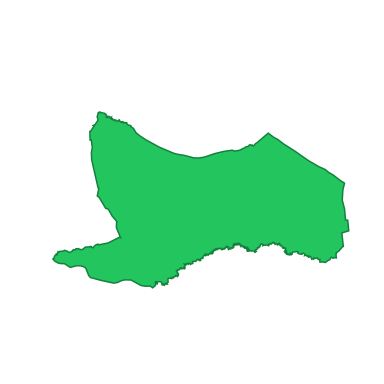 San Martín, Corrientes, Argentina, rotated 77°
{"feature_id": "61730980B32526789553525", "entity_name": "San Martín", "entity_type": "district", "adm_level": 2, "iso_a3": "ARG", "parent_name": "Argentina", "parent_adm1": "Corrientes", "projection": "natural_earth1", "projection_center": [-56.886, -28.867], "detail": "fine", "context": "isolated", "style": "filled", "palette": "green", "viewbox_px": 384, "rotation_deg": 77, "n_neighbors": 0, "source": "geoboundaries", "source_scale": "gbopen_adm2", "svg_char_len": 6075}
<svg xmlns="http://www.w3.org/2000/svg" viewBox="0 0 384 384"><g transform="rotate(77 192 192)"><path d="M217.7,41.4L214.0,45.1L207.4,50.4L203.7,54.4L199.9,57.3L195.6,63.0L187.4,71.7L175.8,82.1L165.7,92.0L159.9,96.8L157.3,99.9L151.8,104.5L158.5,117.3L159.2,119.3L160.9,121.7L160.6,122.5L159.7,122.9L159.8,123.7L158.9,124.7L159.4,126.0L160.1,126.7L160.3,130.1L161.0,131.3L161.1,132.9L162.0,135.6L161.9,140.8L160.3,143.5L159.6,151.8L159.7,161.1L160.8,172.4L160.3,178.4L159.1,182.7L154.7,191.0L152.2,197.2L150.0,201.3L141.1,213.6L130.6,225.4L125.3,230.4L121.7,233.2L116.9,234.7L114.7,236.8L114.2,236.5L113.2,237.2L113.0,237.9L112.5,239.0L110.4,240.4L109.8,240.1L109.3,241.4L109.6,242.5L108.4,243.0L108.2,243.5L108.7,243.6L108.6,244.0L107.9,244.0L108.2,245.3L107.3,245.5L106.6,246.9L106.0,246.7L106.0,247.3L105.5,247.1L106.2,249.4L105.4,250.1L104.8,250.1L105.1,250.7L104.1,251.5L104.4,252.4L102.8,252.9L102.5,253.2L103.0,253.9L102.8,254.1L101.9,253.8L101.7,254.4L101.0,253.9L101.3,255.1L100.3,255.2L99.6,255.9L100.3,256.4L100.3,258.1L99.8,258.1L99.8,258.6L98.9,258.4L98.8,257.8L96.9,258.4L96.4,259.1L97.1,259.5L95.7,259.4L93.7,263.8L93.3,263.8L93.5,265.2L94.0,265.0L94.3,265.8L97.4,267.5L100.8,267.3L104.4,271.2L105.0,273.3L105.6,272.5L110.6,277.8L110.4,278.0L118.5,279.6L118.5,278.4L126.4,279.2L131.0,281.2L138.1,282.5L166.7,282.6L166.7,282.2L168.0,282.2L174.6,285.2L176.3,283.7L188.5,279.8L189.8,277.5L197.6,275.2L204.2,271.7L204.9,272.4L209.8,273.7L220.5,271.9L219.8,273.1L222.8,285.3L222.5,294.9L222.0,294.9L221.6,295.8L222.2,298.5L224.1,301.0L223.6,302.1L222.6,302.2L222.6,303.3L222.1,303.6L222.4,304.6L221.7,308.2L223.3,311.5L223.3,312.5L222.6,314.6L221.6,315.2L221.6,316.6L221.1,317.7L222.2,318.9L221.5,320.2L222.1,321.7L223.1,322.5L223.3,325.3L221.4,327.1L220.2,329.1L220.6,331.3L220.1,333.9L220.7,335.3L220.0,335.9L221.7,337.1L222.0,338.3L222.8,337.8L223.0,339.7L223.9,340.6L225.5,341.3L226.0,342.6L228.8,341.0L230.9,338.7L232.2,336.2L233.1,332.4L237.8,327.9L238.1,327.2L237.9,321.3L238.8,317.4L240.0,315.0L241.8,313.0L243.0,312.5L250.3,311.4L252.5,310.2L257.5,300.8L263.2,288.8L263.4,284.7L262.6,281.4L262.4,277.8L264.0,271.3L271.8,262.5L273.5,258.2L274.0,254.7L274.6,253.4L276.5,252.0L275.2,249.1L274.5,248.9L274.2,248.1L272.9,247.9L271.7,248.2L271.1,247.4L271.5,246.6L272.8,247.0L273.5,246.5L271.8,245.8L272.1,243.6L272.9,242.0L275.7,242.1L276.0,241.4L275.3,240.4L276.5,240.3L276.7,239.9L275.1,238.3L275.1,237.9L276.0,237.7L276.2,236.9L275.3,237.2L274.6,235.6L271.1,235.0L270.9,234.7L271.0,233.0L271.8,231.3L270.9,231.1L271.5,229.5L270.7,229.5L270.6,227.3L269.8,226.8L269.7,226.3L269.9,225.8L270.8,225.7L271.1,225.3L270.7,225.0L269.9,225.4L270.4,224.7L270.4,224.2L268.9,223.6L267.8,224.0L267.6,224.6L266.9,224.3L265.3,224.9L265.3,224.0L264.6,223.8L264.5,223.3L265.2,222.5L264.2,221.3L264.3,220.2L263.7,220.6L263.3,220.4L263.3,219.9L263.9,219.0L264.3,219.7L264.5,219.5L264.4,217.3L265.1,217.0L265.1,216.3L264.8,216.2L264.5,217.0L264.2,215.8L263.8,215.9L263.2,217.1L263.2,216.1L262.2,215.2L260.5,215.7L261.5,213.8L260.5,213.5L260.5,213.2L261.6,211.8L260.6,211.6L260.5,210.9L262.3,209.6L261.7,209.1L261.9,207.8L261.5,207.1L259.9,207.2L259.9,205.9L260.5,204.1L259.8,202.9L259.0,202.6L258.8,201.8L259.4,201.3L259.1,200.7L259.5,200.1L259.6,200.9L260.6,200.2L260.7,199.0L259.1,198.5L258.8,198.1L259.1,196.4L258.5,196.0L257.9,196.2L256.3,194.4L256.7,193.8L256.4,193.3L257.1,193.0L256.8,192.4L257.0,191.8L256.7,191.6L255.8,192.2L256.3,190.6L257.0,190.2L256.3,189.6L256.4,187.9L256.0,187.9L256.3,187.4L256.0,186.3L256.7,186.2L256.7,185.8L256.2,185.4L255.5,186.8L255.0,186.9L254.8,184.6L253.5,184.5L253.3,183.7L254.2,182.9L253.7,182.2L253.0,182.2L252.5,181.3L252.8,180.7L253.4,181.5L253.8,181.0L253.8,179.9L252.8,179.0L253.5,177.8L253.2,176.5L254.7,176.3L255.0,175.7L254.8,174.8L254.3,174.8L254.9,173.7L254.0,173.1L254.5,172.6L253.6,171.2L252.8,171.0L252.8,170.3L253.2,169.6L253.4,170.3L254.4,169.9L254.8,169.2L256.2,169.4L256.0,168.4L255.3,167.8L256.1,167.1L255.2,166.9L255.1,166.6L255.9,164.9L254.9,164.5L255.1,163.7L253.8,163.2L253.5,163.3L253.7,163.9L253.0,163.7L253.3,162.5L252.1,163.0L251.8,162.4L252.0,161.4L252.8,161.2L252.4,160.2L253.2,160.3L252.4,158.9L253.7,159.1L253.3,158.1L253.6,158.3L254.1,157.3L255.1,157.0L254.2,156.7L254.2,156.3L254.9,156.5L255.3,155.7L256.3,155.6L256.0,154.7L257.2,154.4L256.8,153.9L257.0,152.7L257.9,152.8L257.7,153.8L258.7,153.1L258.8,152.7L258.3,152.2L259.6,151.7L258.9,151.3L258.1,151.6L259.3,150.4L258.9,150.2L261.0,149.5L261.0,150.3L260.5,150.7L260.0,150.3L259.9,151.0L261.8,151.6L262.4,150.9L262.2,148.3L262.8,147.8L263.2,145.7L263.8,144.8L265.0,144.3L264.5,143.2L263.9,143.5L264.0,142.8L263.0,143.3L262.5,143.1L262.4,141.4L261.1,140.9L261.0,140.1L261.4,139.9L261.3,139.5L260.4,139.0L260.7,138.3L258.3,136.9L258.6,136.3L258.4,135.3L259.3,134.6L260.2,135.1L260.0,133.2L260.4,132.3L260.4,131.2L260.9,130.0L261.6,129.7L261.4,129.1L259.8,128.6L259.8,127.5L260.3,127.4L260.6,126.4L259.3,124.7L260.2,124.0L259.8,123.2L260.0,123.0L261.8,122.8L261.4,121.4L261.9,120.8L262.7,120.7L261.5,118.5L262.6,118.0L263.1,118.7L263.6,118.0L264.3,117.9L264.3,116.9L266.5,116.3L266.2,115.7L266.6,115.4L267.1,115.9L267.5,115.2L267.1,114.3L267.3,113.9L268.0,114.2L268.2,113.5L270.0,113.9L270.2,114.8L270.5,114.7L270.4,114.2L270.8,113.2L271.6,113.7L270.8,113.9L271.3,114.6L271.9,113.9L272.4,114.0L272.0,114.8L274.4,113.5L273.2,113.6L273.1,113.2L273.6,112.6L274.5,112.7L275.4,110.7L274.9,110.3L274.3,110.6L273.8,109.8L275.4,109.1L275.1,108.5L273.3,107.6L273.6,102.9L274.2,102.2L275.2,102.8L276.5,101.3L277.4,99.0L276.9,98.8L276.7,97.2L278.2,95.9L279.3,96.6L279.2,95.3L280.6,94.0L280.3,93.0L281.7,93.1L281.7,92.3L281.1,92.0L281.6,90.9L284.5,90.4L284.3,89.6L284.8,88.9L283.7,88.3L284.4,87.8L284.4,84.8L286.2,84.1L286.4,82.6L288.9,83.2L289.4,82.0L289.2,81.2L290.7,77.9L289.4,75.0L289.0,73.1L287.0,71.1L287.2,70.3L288.2,69.6L288.2,67.4L288.7,66.2L284.8,65.7L284.7,65.3L283.7,65.1L282.6,62.2L279.1,57.5L279.1,56.8L265.6,55.2L265.1,48.0L254.5,46.6L253.8,48.7L243.0,47.2L233.7,47.4L224.1,44.6L217.7,41.4Z" fill="#22c55e" stroke="#15803d" stroke-width="1.5"/></g></svg>